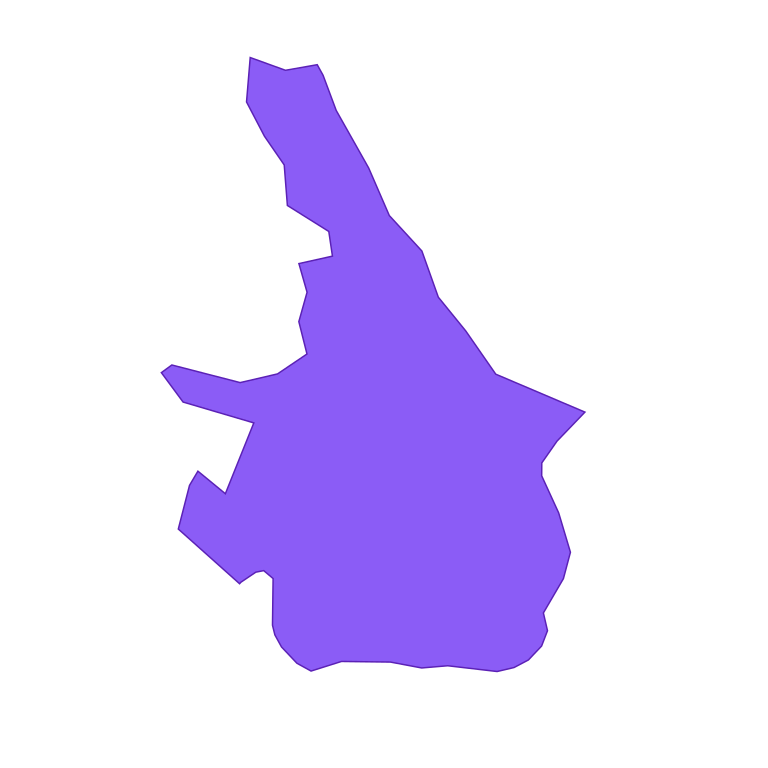 the district of Uchkurgan, Namangan, Uzbekistan, rotated 103°
{"feature_id": "79887680B35727766671193", "entity_name": "Uchkurgan", "entity_type": "district", "adm_level": 2, "iso_a3": "UZB", "parent_name": "Uzbekistan", "parent_adm1": "Namangan", "projection": "robinson", "projection_center": [72.083, 41.056], "detail": "fine", "context": "isolated", "style": "filled", "palette": "violet", "viewbox_px": 768, "rotation_deg": 103, "n_neighbors": 0, "source": "geoboundaries", "source_scale": "gbopen_adm2", "svg_char_len": 888}
<svg xmlns="http://www.w3.org/2000/svg" viewBox="0 0 768 768"><g transform="rotate(103 384 384)"><path d="M526.5,550.7L571.6,551.8L611.1,479.8L609.3,478.8L596.2,466.6L592.9,459.2L598.5,448.3L644.1,438.4L653.0,433.9L663.3,424.7L675.7,406.0L680.1,390.5L663.9,363.0L653.5,315.2L652.2,283.4L644.2,258.5L638.7,209.1L631.0,193.5L620.4,181.2L614.4,177.7L603.9,171.5L587.6,169.2L571.2,177.2L533.3,165.4L506.0,164.5L470.3,184.8L438.0,209.7L425.4,212.5L400.8,202.6L366.2,181.9L349.3,277.3L313.9,316.3L287.2,350.6L245.9,377.0L218.7,416.7L177.0,447.5L128.2,492.1L96.9,512.8L87.9,520.9L100.5,550.6L96.0,587.8L140.1,581.4L169.5,556.2L193.0,530.5L231.8,518.3L247.8,472.1L271.0,463.0L285.8,494.0L311.9,479.6L342.4,481.0L372.1,465.8L398.1,490.0L415.0,524.5L413.2,595.0L423.0,603.5L446.8,575.7L451.2,502.1L526.6,513.9L510.8,545.7L526.5,550.7Z" fill="#8b5cf6" stroke="#5b21b6" stroke-width="1.5"/></g></svg>